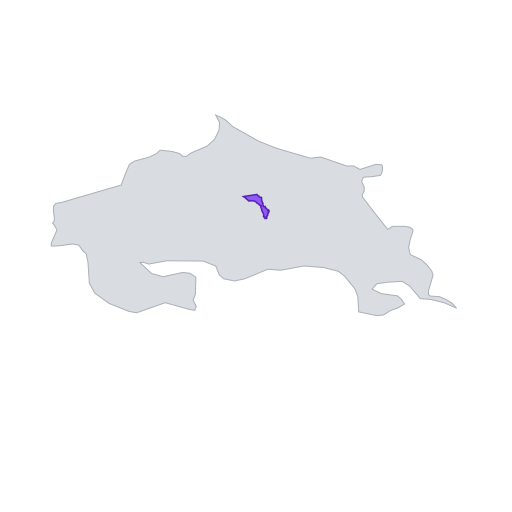 Oreamuno, Cartago, Costa Rica (highlighted), rotated 322°
{"feature_id": "36466004B47119988095233", "entity_name": "Oreamuno", "entity_type": "district", "adm_level": 2, "iso_a3": "CRI", "parent_name": "Costa Rica", "parent_adm1": "Cartago", "projection": "robinson", "projection_center": [-83.868, 9.997], "detail": "fine", "context": "in_parent", "style": "filled", "palette": "violet", "viewbox_px": 512, "rotation_deg": 322, "n_neighbors": 0, "source": "geoboundaries", "source_scale": "gbopen_adm2", "svg_char_len": 5161}
<svg xmlns="http://www.w3.org/2000/svg" viewBox="0 0 512 512"><g transform="rotate(322 256 256)"><path d="M411.2,261.6L410.6,263.6L409.0,265.6L406.7,267.7L403.7,269.1L396.3,264.9L389.1,260.0L385.1,262.3L383.6,268.5L381.0,271.7L377.6,273.0L376.2,275.1L376.0,296.2L376.2,316.2L381.7,316.6L390.8,323.6L394.7,327.6L396.0,331.4L394.8,333.2L388.2,337.6L381.6,343.1L378.4,349.9L384.1,361.0L385.3,368.6L385.1,376.4L383.6,380.2L370.9,389.3L368.2,392.4L368.5,394.7L375.5,401.0L378.8,407.0L381.6,414.3L381.9,420.6L375.6,408.9L366.9,397.7L359.2,390.8L358.7,374.7L355.6,366.0L344.1,358.0L334.3,352.3L327.0,353.5L331.5,362.7L343.0,374.6L343.8,379.1L343.6,385.2L335.7,384.3L328.7,381.8L320.2,381.0L314.5,377.4L302.5,363.2L311.0,351.1L313.7,343.2L313.4,326.8L311.5,318.8L302.2,306.7L287.5,293.3L266.8,282.5L257.1,273.7L233.0,267.0L223.8,262.5L216.6,254.2L215.5,248.3L218.1,239.2L211.4,227.6L182.6,204.7L166.5,196.3L163.1,191.4L160.5,189.8L163.0,205.6L170.0,215.1L188.4,224.0L193.4,229.1L195.5,235.8L184.8,248.7L179.4,252.0L177.8,259.0L174.3,261.1L170.6,257.1L155.7,236.9L126.9,227.2L121.7,221.3L111.0,202.9L106.1,186.1L107.9,174.9L119.8,157.4L123.5,149.8L122.7,145.2L123.1,138.3L118.7,133.5L107.8,127.2L100.8,122.2L102.7,119.7L115.3,112.9L116.1,106.8L116.0,104.8L118.1,104.4L119.9,102.7L121.0,101.1L124.5,95.2L127.5,91.9L130.9,91.4L135.1,93.8L150.9,100.1L168.5,107.1L193.5,117.1L203.8,110.7L212.8,105.8L219.0,106.5L232.4,112.2L240.5,114.1L245.5,113.5L254.1,121.8L258.8,128.1L259.6,132.3L262.2,134.5L268.9,135.0L285.3,139.3L295.3,138.5L304.4,134.0L309.4,128.6L311.0,120.1L313.3,124.3L316.0,130.9L317.2,139.4L329.0,167.7L338.4,183.6L359.1,212.5L368.0,217.9L383.0,241.1L388.3,245.0L391.2,251.8L406.8,257.5L411.2,261.6Z" fill="#d9dde1" stroke="#a8b0b8" stroke-width="1"/><path d="M294.7,208.1L282.7,201.4L282.8,201.7L282.8,201.9L282.9,202.0L283.0,202.1L283.0,202.3L283.0,202.5L283.2,202.8L283.2,203.2L283.3,203.4L283.4,203.5L283.5,203.6L283.5,203.9L283.5,204.4L283.6,204.6L283.7,204.8L283.6,205.1L283.6,205.4L283.7,205.6L283.9,206.2L284.0,206.5L284.0,207.0L284.1,207.3L284.1,207.8L284.1,208.0L284.3,208.3L284.5,208.5L284.8,208.6L285.0,208.8L285.3,208.9L285.5,208.9L285.5,209.0L285.8,209.2L286.0,209.3L286.2,209.5L286.3,209.7L286.6,209.8L286.8,209.9L287.0,210.1L287.2,210.4L287.3,210.5L287.5,210.5L287.8,210.8L287.9,211.0L288.0,211.1L288.1,211.3L288.3,211.7L288.5,211.8L288.7,212.0L288.8,212.1L288.9,212.3L288.9,212.5L289.0,212.8L289.1,213.1L289.3,213.3L289.3,213.5L289.4,213.9L289.4,214.0L289.3,214.3L289.3,214.7L289.3,214.8L289.4,215.0L289.5,215.1L289.6,215.3L289.7,215.7L289.8,216.0L290.0,216.3L290.1,216.5L290.1,216.8L290.1,217.0L290.0,217.8L290.1,218.0L290.3,218.4L290.3,218.5L290.5,218.8L290.7,219.0L290.8,219.1L290.8,219.4L290.9,219.5L291.0,219.7L290.8,220.0L290.6,220.0L290.3,220.0L290.2,220.0L290.0,220.3L289.8,220.5L289.8,220.8L289.7,221.0L289.6,221.3L289.7,221.6L289.7,221.8L289.6,222.0L289.5,222.3L289.3,222.4L289.3,222.5L289.2,222.5L289.1,222.8L289.1,223.0L288.9,223.1L288.7,223.3L288.7,223.6L288.6,223.8L288.5,224.1L288.6,224.3L288.5,224.5L288.4,224.9L288.3,225.0L288.2,225.1L288.2,225.3L288.2,225.5L288.1,225.8L288.1,226.0L288.1,226.4L288.0,226.5L287.9,226.8L287.7,227.6L287.6,228.0L287.5,228.3L287.4,228.3L287.2,228.4L287.1,228.5L286.9,228.9L286.6,229.1L286.4,229.2L286.3,229.3L286.4,229.5L286.5,230.0L286.6,230.3L286.2,230.6L286.1,230.8L286.3,231.0L286.4,231.3L286.3,231.5L286.2,231.9L286.2,232.0L286.3,232.0L286.5,232.2L286.7,232.3L286.8,232.3L286.9,232.5L287.1,232.7L287.2,232.8L287.3,232.9L287.6,233.0L287.7,232.9L287.8,232.7L288.0,232.6L288.2,232.2L288.2,231.9L288.2,231.7L288.2,231.4L288.3,231.4L288.6,231.4L289.0,231.5L289.3,231.5L289.4,231.4L289.5,231.3L289.8,231.2L290.0,231.1L290.4,231.0L290.5,231.0L290.6,230.8L290.7,230.7L290.8,230.6L290.8,230.3L290.9,230.2L291.0,230.1L291.1,229.9L291.3,229.7L291.4,229.8L291.6,229.9L291.8,229.8L292.0,229.8L292.1,229.7L292.3,229.7L292.5,229.6L292.7,229.4L292.8,229.3L292.8,229.2L293.0,229.2L293.5,229.2L293.7,228.9L293.8,228.7L294.0,228.5L294.1,228.4L294.2,228.2L294.3,227.8L294.3,227.7L294.2,227.3L294.1,227.2L294.0,227.3L293.9,227.4L293.7,227.5L293.4,227.6L293.5,227.4L293.4,227.2L293.4,226.9L293.5,226.7L293.6,226.4L293.6,226.2L293.6,225.9L293.5,225.7L293.5,225.3L293.4,224.6L293.4,224.4L293.1,224.3L293.1,224.1L293.0,223.9L293.0,223.7L293.3,223.5L293.4,223.4L293.4,223.2L293.5,223.0L293.5,222.9L293.7,222.6L293.4,222.5L293.4,222.4L293.2,222.3L293.2,222.2L292.9,222.0L292.7,222.0L292.6,221.9L292.4,221.7L292.4,221.3L292.4,221.2L292.6,220.7L292.8,220.6L292.8,220.4L292.9,220.2L293.2,219.3L293.5,219.2L293.8,219.1L293.9,218.5L293.9,218.3L294.1,218.0L294.1,217.8L294.2,217.4L294.2,217.2L294.4,216.9L294.4,216.7L294.5,216.6L294.5,216.3L294.5,216.2L294.7,215.9L294.6,215.7L294.8,215.5L294.9,215.4L295.1,215.2L295.5,214.6L295.6,214.4L295.7,214.2L295.8,214.0L296.0,213.9L296.2,213.7L296.3,213.5L296.3,213.1L296.2,213.0L296.2,212.9L295.8,212.7L295.7,212.7L295.4,212.4L295.3,212.2L295.2,212.0L295.1,211.9L295.1,211.6L294.9,211.1L295.0,211.0L295.0,210.9L295.1,210.6L295.0,210.4L295.1,210.2L294.8,209.7L294.7,209.7L294.6,209.3L294.6,208.8L294.7,208.7L294.7,208.1Z" fill="#8b5cf6" stroke="#5b21b6" stroke-width="1.5"/></g></svg>